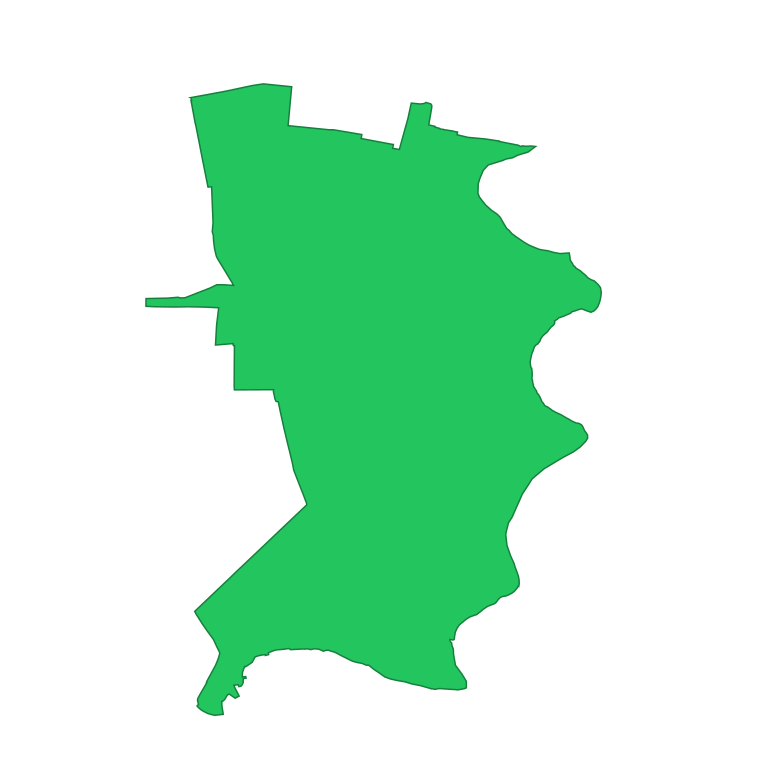 the district of Cernica, Ilfov, Romania, rotated 83°
{"feature_id": "2599482B37635492647761", "entity_name": "Cernica", "entity_type": "district", "adm_level": 2, "iso_a3": "ROU", "parent_name": "Romania", "parent_adm1": "Ilfov", "projection": "albers", "projection_center": [26.245, 44.422], "detail": "fine", "context": "isolated", "style": "filled", "palette": "green", "viewbox_px": 768, "rotation_deg": 83, "n_neighbors": 0, "source": "geoboundaries", "source_scale": "gbopen_adm2", "svg_char_len": 6146}
<svg xmlns="http://www.w3.org/2000/svg" viewBox="0 0 768 768"><g transform="rotate(83 384 384)"><path d="M692.3,583.8L689.2,583.9L684.4,584.1L679.4,583.8L679.4,583.2L678.4,581.4L676.9,579.8L674.9,578.5L673.8,577.5L672.8,575.5L677.7,570.0L676.1,565.8L666.4,569.3L664.7,569.7L664.7,565.4L666.7,564.9L666.4,562.7L665.2,561.4L664.3,560.7L662.9,560.1L659.3,559.6L659.2,556.8L657.5,556.9L657.5,560.4L652.7,559.5L647.5,556.8L647.8,556.2L647.1,554.4L644.2,548.8L639.2,545.2L638.5,542.1L638.1,538.2L638.1,535.0L639.0,534.9L638.5,531.4L636.7,531.6L635.3,526.3L634.8,523.3L634.9,521.2L635.1,515.3L634.9,511.1L635.7,509.6L636.0,509.5L636.3,509.1L637.2,495.7L637.6,494.8L637.4,494.3L637.7,491.3L638.3,490.4L638.7,488.8L638.3,486.0L639.1,481.5L641.0,477.9L641.8,477.0L641.3,473.8L641.4,471.7L643.1,468.4L643.7,466.6L645.3,463.9L648.6,459.3L652.2,453.8L654.1,451.0L655.6,448.4L657.3,444.2L658.5,440.1L660.9,435.9L661.3,433.4L666.5,428.3L669.2,425.1L674.9,418.8L676.0,416.6L677.5,413.7L679.7,407.6L682.2,399.4L685.1,392.9L687.8,384.7L690.9,377.3L692.5,373.7L692.5,372.6L693.3,370.7L693.0,367.0L693.4,363.8L694.0,361.5L694.3,359.3L694.9,356.6L696.0,350.4L696.6,348.0L696.2,341.3L695.6,339.3L694.8,339.2L689.1,338.5L681.4,342.0L679.1,343.3L675.5,345.3L671.8,347.4L669.1,347.5L666.7,347.6L663.3,347.8L660.7,347.9L655.7,347.5L651.3,348.5L649.3,348.4L648.2,349.2L647.1,349.8L645.6,349.8L645.8,348.8L646.4,347.3L646.4,346.1L646.0,345.4L645.3,345.2L643.5,344.8L639.1,343.5L635.4,341.3L632.3,338.6L627.3,330.8L625.6,326.9L625.0,324.3L624.5,322.2L624.2,320.2L622.7,317.7L621.0,314.8L619.6,312.8L617.3,308.2L616.7,305.9L615.7,301.8L614.8,299.7L612.3,297.3L610.2,294.9L609.5,292.8L609.3,290.8L609.3,289.2L609.1,288.2L608.5,286.1L607.8,284.2L607.3,282.8L606.4,281.1L605.2,279.3L602.9,276.9L601.1,275.7L601.5,275.0L598.6,274.1L597.1,274.0L594.8,273.8L591.4,274.0L588.4,274.6L584.8,275.4L582.1,276.1L578.0,276.8L573.8,278.1L569.5,279.4L559.1,281.6L548.1,281.5L544.2,280.2L536.9,277.3L532.0,273.2L528.7,271.2L525.1,269.1L519.5,265.7L512.8,261.7L510.2,260.2L501.1,252.5L496.2,248.5L492.5,242.9L492.1,242.2L491.4,241.2L491.0,240.6L488.6,236.9L488.5,236.7L487.6,235.4L487.1,234.2L484.3,227.9L483.5,226.1L481.6,221.9L480.3,218.9L478.9,215.7L477.2,211.4L474.3,203.9L470.4,196.9L465.4,190.7L462.6,188.5L459.6,188.2L457.9,188.9L456.2,189.8L454.9,190.5L453.6,191.0L452.1,191.4L450.7,191.9L449.4,192.4L448.3,193.3L446.7,195.6L446.2,197.9L443.7,202.0L441.7,204.5L439.7,207.4L436.1,212.0L433.1,216.9L430.8,220.1L429.1,221.8L426.9,224.2L426.0,225.7L425.3,226.7L424.7,227.3L423.6,227.7L421.8,228.6L420.9,229.4L416.8,230.5L414.0,231.6L412.5,232.5L411.9,233.1L409.5,233.5L408.6,234.0L405.1,235.6L404.3,235.9L402.8,235.8L401.8,236.1L400.1,236.2L399.0,236.2L397.3,236.4L395.7,236.5L394.1,235.9L391.3,235.6L389.4,235.5L386.3,235.5L385.7,236.2L384.0,236.2L381.3,236.3L380.1,236.3L378.0,235.7L374.2,234.4L371.6,233.4L369.3,232.0L365.6,230.3L364.4,229.1L363.4,227.8L363.1,226.7L360.6,224.1L359.3,223.5L357.6,222.4L355.7,220.6L353.7,217.9L352.6,216.0L347.9,211.3L347.1,210.0L346.3,208.6L344.6,207.3L342.1,206.8L341.5,205.5L340.8,204.0L339.6,202.7L339.4,200.9L339.0,199.5L338.6,197.2L338.0,195.5L337.3,193.1L336.6,190.5L335.2,188.6L334.7,185.4L334.0,182.4L333.4,178.8L336.3,173.4L338.0,169.8L337.1,166.8L335.6,164.7L333.1,162.2L328.3,159.7L324.9,158.5L319.9,157.2L314.7,157.4L311.3,159.4L307.4,162.6L305.9,165.4L304.7,167.1L303.0,169.1L300.7,170.6L297.7,173.5L295.6,175.3L293.4,178.1L292.0,179.7L290.6,180.3L289.5,181.6L286.9,182.4L285.0,183.6L282.9,184.0L281.5,184.0L280.1,184.0L276.5,184.2L276.0,193.4L274.0,199.7L271.7,205.1L270.1,211.1L269.1,213.8L267.2,217.3L263.8,223.2L260.2,227.9L253.9,235.0L250.3,238.8L246.8,241.1L244.5,243.3L237.2,246.5L233.0,248.2L229.3,250.9L224.8,256.0L218.9,261.2L213.9,264.3L209.8,266.6L206.1,267.5L204.1,267.2L199.4,266.4L197.1,266.2L191.9,263.9L188.3,261.9L183.9,259.3L179.3,253.8L176.5,238.5L175.6,235.5L175.1,228.6L173.2,223.4L171.3,212.5L166.7,204.6L166.2,206.8L165.7,209.2L165.3,214.4L164.5,217.6L164.9,219.4L163.2,221.9L162.6,224.1L157.3,240.1L156.9,240.0L153.2,253.3L152.6,256.0L149.6,269.8L149.4,270.7L145.8,280.3L145.5,281.1L142.9,280.3L142.4,281.8L142.1,282.9L141.3,285.0L141.1,285.5L140.5,287.7L139.7,290.5L139.5,291.1L139.0,293.0L138.8,293.5L138.5,294.0L138.3,295.1L137.9,296.5L137.4,297.7L137.1,297.6L136.3,299.5L135.4,301.7L135.2,302.2L134.5,302.0L132.7,306.8L132.2,308.0L124.4,305.6L120.0,304.3L115.3,302.9L113.4,302.6L111.7,303.4L109.7,307.9L110.4,309.9L110.5,311.1L110.5,313.6L110.4,314.3L108.5,322.7L123.1,327.8L123.9,328.1L135.9,333.1L153.1,340.2L151.1,346.7L147.5,345.5L137.7,376.3L137.5,376.8L137.4,376.7L137.2,376.6L135.9,376.2L133.7,375.6L125.5,403.2L125.0,407.4L120.6,426.9L115.9,447.7L105.3,445.4L77.7,439.4L71.4,467.3L71.7,478.0L74.2,507.0L76.2,541.3L76.7,540.6L79.2,540.4L79.1,541.0L79.3,541.0L87.1,540.5L92.4,540.2L97.7,539.9L100.9,539.7L105.6,539.2L114.9,538.5L137.7,536.9L152.4,535.8L167.1,534.7L167.2,531.1L203.0,534.0L211.9,535.9L215.6,535.3L221.1,535.7L228.9,535.7L236.4,534.9L239.2,534.0L248.9,529.6L261.6,523.9L262.8,523.4L264.0,522.8L265.6,522.1L267.0,521.9L267.8,521.4L266.1,530.3L265.1,537.8L267.5,544.9L274.2,571.2L273.7,575.9L272.8,577.8L272.4,588.3L270.2,609.8L277.9,610.8L279.4,602.0L282.0,583.1L283.5,568.9L286.0,551.4L288.2,538.8L305.2,543.0L324.8,546.5L325.5,528.8L326.6,529.1L327.6,528.6L327.7,527.8L329.2,528.0L332.3,528.4L334.4,528.6L335.9,528.9L337.0,529.0L343.1,529.8L368.0,533.0L371.6,533.2L376.2,494.2L377.8,494.7L379.5,494.6L382.0,494.3L383.7,494.2L385.4,494.1L388.1,493.3L388.8,491.1L391.2,490.9L397.6,490.4L415.7,488.7L432.4,486.8L439.6,485.9L447.6,485.0L451.9,484.5L458.5,484.1L480.1,478.6L483.1,477.8L493.5,475.3L494.6,475.5L517.0,505.8L521.1,511.3L530.9,524.5L553.5,555.1L556.8,559.4L586.6,599.6L590.0,598.3L599.7,593.7L607.7,589.5L616.6,584.5L625.2,581.7L629.0,580.3L631.1,579.8L635.2,581.4L639.2,583.5L643.0,585.7L650.8,591.3L654.7,594.1L657.9,596.3L658.8,596.7L659.0,596.4L666.4,602.0L670.4,605.0L672.9,606.8L675.1,607.7L679.5,607.2L680.5,608.6L680.8,608.8L682.1,608.0L685.3,605.1L686.7,603.3L689.6,599.0L691.3,594.9L692.2,592.4L692.3,583.8Z" fill="#22c55e" stroke="#15803d" stroke-width="1.5"/></g></svg>